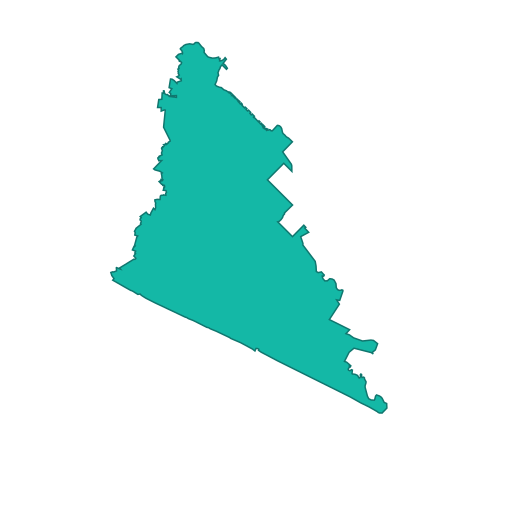 Cárdenas, Tabasco, Mexico, rotated 225°
{"feature_id": "50627088B51271489460916", "entity_name": "Cárdenas", "entity_type": "district", "adm_level": 2, "iso_a3": "MEX", "parent_name": "Mexico", "parent_adm1": "Tabasco", "projection": "orthographic", "projection_center": [-93.625, 18.169], "detail": "fine", "context": "isolated", "style": "filled", "palette": "teal", "viewbox_px": 512, "rotation_deg": 225, "n_neighbors": 0, "source": "geoboundaries", "source_scale": "gbopen_adm2", "svg_char_len": 6110}
<svg xmlns="http://www.w3.org/2000/svg" viewBox="0 0 512 512"><g transform="rotate(225 256 256)"><path d="M456.0,348.9L453.2,348.6L451.4,347.6L451.1,347.1L451.6,347.1L453.4,343.8L453.4,340.2L448.2,340.2L448.2,339.6L447.7,339.6L446.7,340.2L445.4,340.2L444.7,338.9L444.9,336.3L444.2,334.8L443.0,334.1L443.4,332.9L442.1,332.5L441.5,331.2L440.6,330.9L440.0,330.0L438.2,329.7L438.1,328.5L438.7,326.7L434.2,327.7L434.2,328.3L432.7,327.1L434.6,323.3L433.9,322.1L437.8,322.2L440.4,321.7L441.6,320.7L436.5,313.6L433.8,314.8L433.0,310.3L431.1,310.5L429.6,308.9L425.7,313.2L424.4,311.9L430.2,307.5L430.6,307.9L431.8,307.5L432.7,307.6L433.6,306.6L434.9,306.3L435.8,306.5L437.7,307.8L438.2,307.4L436.6,305.6L437.6,304.9L433.4,300.2L435.4,297.9L430.6,291.4L428.0,293.9L425.5,291.4L424.0,294.6L423.3,295.0L412.4,281.7L398.6,277.1L397.9,276.6L398.4,274.6L397.9,274.0L398.4,272.9L398.1,272.1L399.2,271.7L398.5,271.1L399.6,270.3L399.9,269.6L399.2,269.8L398.7,268.2L399.3,267.3L398.7,266.9L399.0,266.3L398.7,266.3L398.8,265.3L396.6,264.2L395.7,262.0L393.9,261.1L394.9,258.4L395.0,257.9L394.4,257.8L394.8,256.0L394.0,255.3L392.8,255.1L392.2,254.6L390.2,256.7L390.0,245.2L388.4,245.4L384.0,247.9L381.0,248.5L381.2,247.3L379.5,246.3L377.0,244.1L376.0,244.1L376.1,243.8L375.5,243.4L375.6,242.9L375.1,242.4L376.4,243.1L376.5,242.6L377.1,242.6L376.4,241.5L376.9,241.5L377.2,240.1L373.4,240.0L372.7,240.5L371.9,240.0L371.4,240.7L371.0,240.5L370.6,241.1L369.7,240.5L369.3,239.9L369.7,239.5L369.5,239.1L369.3,239.3L368.1,236.9L365.9,238.6L364.3,237.7L364.2,236.5L362.7,235.2L364.6,233.8L364.5,233.5L366.0,231.8L366.0,230.7L363.8,228.1L365.9,226.2L367.2,224.2L366.1,223.2L364.3,222.5L363.8,221.6L361.3,219.4L360.6,218.2L360.2,217.3L362.3,217.3L360.8,212.2L359.7,210.2L362.2,209.0L364.7,209.3L365.8,202.0L364.3,202.0L364.1,200.2L363.4,199.5L362.3,199.7L361.3,199.0L360.8,197.5L359.7,197.2L360.4,190.7L360.2,190.6L359.4,187.5L358.0,187.2L356.5,185.1L353.8,186.5L353.6,185.0L349.1,177.2L348.6,177.5L348.5,176.5L349.0,176.3L347.7,172.9L344.5,174.3L343.8,172.4L342.9,172.5L342.4,169.6L339.4,169.5L339.2,169.1L339.3,167.9L340.1,167.4L344.0,151.1L342.6,150.9L347.0,148.9L346.4,148.9L344.1,146.9L345.3,144.1L346.2,143.4L347.0,141.7L344.1,140.2L340.4,139.6L340.2,137.6L326.6,141.3L320.2,143.1L318.9,143.8L312.4,145.3L311.0,147.2L309.2,147.1L304.0,148.3L294.2,151.5L262.9,162.7L261.5,163.5L259.6,163.9L254.8,166.0L240.3,170.8L238.8,171.8L236.9,172.2L230.9,174.7L216.9,179.7L215.7,179.8L205.7,183.8L192.7,187.7L189.6,188.1L190.6,190.6L189.7,191.5L188.3,192.1L187.6,191.7L187.5,191.1L184.5,191.6L166.7,197.1L89.9,222.9L77.8,226.3L69.4,229.2L60.2,231.7L58.8,231.8L57.2,232.6L56.9,233.3L55.8,234.0L55.9,241.0L59.3,244.1L61.8,243.1L66.2,244.6L68.0,244.7L69.8,244.3L72.5,243.0L72.4,241.5L70.6,238.5L70.4,237.7L72.8,235.6L75.4,234.8L78.1,235.7L86.0,240.3L87.1,241.4L88.5,244.0L89.3,244.9L92.4,245.8L93.1,246.5L94.2,246.5L95.1,245.1L96.0,245.4L97.6,246.9L98.4,246.7L98.3,245.8L96.7,244.5L96.5,243.0L97.2,242.6L99.7,243.4L100.2,243.2L102.3,242.4L104.5,240.7L105.0,240.8L107.2,243.5L108.1,243.1L108.4,241.3L109.8,240.7L110.5,240.9L111.1,241.8L111.2,243.4L112.4,244.4L112.1,244.8L111.0,244.6L111.3,245.4L116.9,245.0L118.9,244.0L122.1,253.8L121.5,260.1L106.2,269.2L103.8,269.6L105.6,269.9L105.2,274.0L108.0,280.0L113.2,279.4L115.3,277.8L120.6,271.2L129.2,267.1L134.1,266.3L137.5,264.7L137.7,270.1L159.2,262.9L163.0,280.9L168.0,282.0L165.4,283.8L169.7,292.6L170.3,293.2L171.4,292.8L171.4,292.3L173.0,290.4L174.7,289.9L176.9,290.4L179.9,293.0L183.7,294.2L185.8,293.6L187.8,292.1L188.0,288.9L189.7,287.1L192.6,287.3L194.3,288.1L195.0,288.7L193.9,289.6L194.0,290.2L194.3,290.8L195.6,290.8L198.5,291.0L200.3,288.2L202.4,287.7L206.5,291.4L210.4,294.1L230.6,296.9L231.7,298.1L238.1,301.3L235.5,310.0L241.4,310.2L241.1,311.5L244.0,311.6L243.9,295.5L264.8,295.5L264.1,296.9L264.0,299.3L264.4,301.9L265.4,303.9L265.6,306.0L266.3,306.5L266.2,317.9L301.8,317.9L301.9,341.2L290.5,341.2L294.5,345.1L295.9,345.9L310.8,348.5L311.0,362.5L316.3,362.4L318.9,361.7L321.3,361.9L323.3,361.7L324.6,362.1L328.0,364.3L330.0,364.8L331.5,364.6L333.0,363.8L333.3,363.3L333.0,356.1L333.8,355.2L335.0,355.3L335.8,354.9L336.2,353.8L337.0,353.1L337.4,351.7L337.6,353.7L338.1,353.7L338.2,352.5L338.5,352.5L338.1,353.7L339.0,353.3L339.0,352.7L340.0,351.9L340.4,352.0L340.4,352.5L341.0,352.1L341.0,352.4L341.4,352.3L341.4,353.7L341.7,353.7L341.7,351.9L342.1,352.0L342.1,352.4L342.6,352.4L342.6,353.7L343.0,353.7L343.0,352.5L343.4,352.5L343.4,353.7L344.0,353.7L344.0,353.2L344.3,353.2L344.8,353.2L344.9,353.7L344.9,352.8L345.7,352.7L345.7,353.7L346.1,353.7L346.2,352.6L348.1,352.7L348.1,353.7L348.7,353.7L348.8,352.3L349.0,353.7L349.5,353.7L349.5,352.6L355.4,352.8L355.4,352.4L356.0,352.4L356.0,353.7L359.2,353.7L359.2,352.4L361.2,352.6L361.3,353.8L364.4,353.9L364.5,352.6L366.6,352.6L366.6,353.7L368.8,353.7L369.0,353.6L368.9,352.6L369.6,352.6L372.3,352.6L372.3,353.0L373.2,353.1L373.2,353.6L374.6,353.7L374.6,352.4L376.3,352.6L376.4,353.7L376.7,353.7L376.6,352.6L376.9,352.6L377.0,353.7L377.3,353.7L377.3,352.6L377.6,352.6L377.6,353.7L378.5,353.6L378.3,352.9L378.7,352.9L378.8,353.6L380.3,353.6L380.4,353.0L381.6,353.3L381.9,353.0L382.2,353.6L383.3,353.6L382.9,352.9L383.1,352.8L383.7,353.6L383.2,352.8L383.9,352.8L384.6,353.6L385.1,353.6L384.3,352.2L385.0,353.0L386.2,353.6L385.6,353.2L386.5,352.4L386.6,353.6L388.4,353.6L388.6,352.7L388.9,352.8L388.8,353.6L389.8,353.6L390.6,353.1L390.3,351.6L390.7,352.9L391.0,353.0L392.1,352.1L393.8,351.9L396.2,350.8L399.6,350.6L401.1,349.5L404.2,348.2L406.2,348.3L407.6,352.0L409.8,355.3L410.2,357.3L412.6,358.8L412.9,359.8L413.6,361.0L414.1,363.1L415.0,364.8L415.1,367.1L408.9,367.1L409.0,368.5L412.4,369.2L415.5,369.0L416.1,374.2L418.1,374.4L417.8,372.1L418.3,370.2L419.4,368.4L419.7,368.2L420.9,370.0L421.2,369.3L423.1,370.2L424.7,367.4L426.6,365.2L430.2,363.0L431.4,362.8L436.2,363.2L436.8,363.3L437.8,364.7L439.7,365.8L442.5,365.6L447.0,366.1L448.1,365.9L448.2,365.4L449.4,364.7L449.8,363.8L449.8,361.8L450.3,361.0L453.0,359.1L455.2,355.9L455.9,353.7L455.8,352.1L456.2,350.2L456.0,348.9Z" fill="#14b8a6" stroke="#0f766e" stroke-width="1.5"/></g></svg>